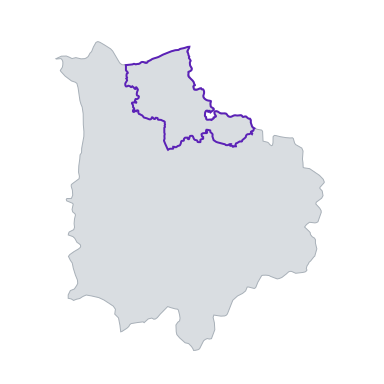 Belarus, with Grodno highlighted, rotated 85°
{"feature_id": "BLR-2344", "entity_name": "Grodno", "entity_type": "Region", "adm_level": 1, "iso_a3": "BLR", "parent_name": "Belarus", "parent_adm1": "", "projection": "orthographic", "projection_center": [25.492, 53.866], "detail": "fine", "context": "in_parent", "style": "outline", "palette": "violet", "viewbox_px": 384, "rotation_deg": 85, "n_neighbors": 0, "source": "natural_earth", "source_scale": "10m", "svg_char_len": 9415}
<svg xmlns="http://www.w3.org/2000/svg" viewBox="0 0 384 384"><g transform="rotate(85 192 192)"><path d="M325.1,275.2L318.6,275.4L311.0,276.2L306.9,279.6L302.1,278.5L298.8,280.4L291.8,289.3L289.1,294.0L286.8,301.1L285.4,306.4L286.6,309.9L288.3,313.1L288.8,316.6L289.7,319.4L288.0,321.6L287.1,324.6L283.7,324.3L279.6,321.8L278.4,317.7L275.2,315.1L273.1,313.8L269.7,313.8L264.5,315.4L257.6,316.9L252.3,317.5L249.5,319.1L245.4,320.7L243.6,319.1L241.0,314.6L238.9,310.1L237.5,308.1L236.3,307.6L234.9,307.8L233.3,309.4L232.2,310.9L227.8,312.9L226.0,314.6L224.0,319.0L222.6,318.7L221.1,317.8L219.2,313.1L216.9,312.1L213.2,312.2L208.6,311.4L204.8,310.1L203.5,310.5L201.4,312.6L199.0,313.0L193.7,311.4L192.7,312.2L189.9,317.6L188.4,317.9L187.6,317.2L187.9,312.7L184.8,311.1L179.7,311.0L176.1,311.8L174.4,311.7L173.5,310.8L168.9,303.3L166.5,302.8L162.4,303.3L156.2,302.5L149.2,300.9L145.3,300.3L143.2,298.6L138.9,298.1L127.2,294.9L122.4,294.4L115.4,294.4L104.7,293.6L97.9,294.0L94.7,295.0L91.0,295.7L78.3,296.4L73.8,297.2L72.4,298.8L70.9,302.3L65.5,308.3L60.4,312.2L59.4,312.6L56.5,310.3L54.0,309.6L51.1,309.3L49.0,309.9L47.7,310.9L47.7,315.6L47.4,316.0L45.3,310.3L45.6,305.3L47.0,302.5L48.6,299.9L48.0,296.0L49.7,290.9L49.8,287.2L49.2,285.5L48.0,283.6L44.8,281.5L43.4,279.8L39.0,277.6L34.7,274.7L34.0,273.1L34.2,271.9L35.1,270.3L38.6,265.4L42.3,260.6L44.7,258.7L57.1,252.8L59.1,250.7L59.6,247.0L59.6,239.6L59.0,232.8L58.2,228.1L56.1,219.2L50.2,200.9L47.0,182.0L49.4,183.1L55.1,183.7L59.6,182.5L62.0,182.4L64.1,182.8L70.0,181.9L71.5,183.6L74.1,185.2L79.4,183.1L84.0,180.5L88.8,180.9L89.5,179.6L90.8,172.9L92.2,171.5L97.9,172.2L100.1,171.0L102.3,167.7L105.6,165.7L108.5,165.7L111.4,163.4L112.8,164.9L113.5,167.7L112.6,169.9L113.0,170.7L115.0,171.8L118.5,171.8L120.7,170.9L121.2,169.6L121.2,167.3L120.7,165.2L119.2,163.4L116.4,162.4L114.5,162.4L114.2,161.2L114.8,158.7L116.5,154.1L118.6,149.9L119.8,148.3L120.1,146.9L119.8,144.4L119.7,139.8L121.6,133.5L124.1,128.7L127.4,127.1L131.5,126.3L134.1,124.0L135.3,121.3L136.4,117.2L137.7,116.4L147.5,116.8L148.9,112.7L149.7,111.5L151.6,110.3L152.8,108.8L152.3,107.7L149.8,107.0L144.0,106.4L142.8,105.1L143.1,103.5L144.6,99.2L146.0,93.8L146.7,89.6L146.8,87.1L147.6,86.4L152.3,85.5L153.8,84.6L157.8,78.8L160.9,77.8L168.9,79.1L172.5,78.9L177.2,79.1L177.6,78.5L179.0,72.8L186.6,63.5L190.7,60.2L193.3,59.4L194.2,59.5L198.6,64.2L199.6,64.3L202.3,62.2L207.1,61.8L209.5,63.4L213.0,69.1L214.7,69.7L219.2,66.2L221.8,65.0L223.5,65.0L232.6,69.1L233.3,70.5L233.5,72.2L232.4,77.6L234.4,80.8L236.7,82.9L241.1,79.0L242.7,77.8L244.6,77.7L247.0,76.2L248.6,74.0L250.3,73.2L253.6,73.5L259.5,72.6L266.6,75.3L267.3,76.3L271.0,79.8L272.3,81.6L273.5,82.1L275.5,83.8L278.1,84.8L279.8,84.3L280.6,84.9L281.5,86.3L281.8,88.7L282.0,95.8L279.8,99.7L279.6,101.0L279.9,102.6L282.1,105.5L285.0,110.0L285.8,112.7L286.0,114.7L282.9,121.1L281.9,122.6L281.3,125.6L281.1,128.7L281.4,129.9L287.7,134.3L292.3,136.6L293.4,137.8L293.5,138.5L291.6,143.9L291.5,145.3L295.2,147.2L297.4,150.4L299.6,155.8L303.4,160.8L316.6,167.4L317.8,168.7L318.3,170.3L318.2,174.0L316.5,181.0L318.8,181.9L324.3,181.1L331.2,181.3L339.8,185.4L340.0,187.6L339.3,189.6L340.1,191.7L341.2,193.4L348.8,198.1L349.6,199.6L350.0,202.2L350.0,204.2L348.1,204.8L346.0,205.9L342.7,208.6L341.6,212.0L336.2,217.1L332.8,219.5L330.0,219.9L323.1,219.6L320.5,217.5L319.3,215.6L316.7,214.9L313.2,215.1L308.4,215.9L307.5,216.6L306.9,219.1L305.2,223.6L304.0,226.2L310.8,234.2L314.1,237.5L315.3,239.5L315.4,241.1L314.1,243.0L314.6,246.6L318.0,251.1L317.1,252.0L317.3,257.8L317.8,264.1L318.8,265.6L320.5,266.7L322.1,268.8L324.8,273.9L325.1,275.2Z" fill="#d9dde1" stroke="#a8b0b8" stroke-width="1"/><path d="M127.9,127.4L131.8,126.5L132.9,125.9L133.4,125.3L133.9,124.5L134.0,124.7L135.9,125.4L136.4,125.8L136.6,127.1L136.9,127.7L137.1,128.0L137.4,128.0L137.6,128.0L138.5,127.1L138.8,127.0L139.1,126.9L139.6,127.2L139.3,127.5L138.8,127.8L138.6,128.1L138.6,128.3L139.0,129.1L139.3,129.7L139.3,130.1L139.3,131.6L139.5,132.1L140.0,132.8L140.8,133.3L142.1,133.7L142.8,134.6L144.6,137.2L145.0,137.5L145.8,137.8L146.0,138.3L146.0,138.7L145.8,139.8L145.9,140.3L147.2,143.0L147.5,144.0L149.1,144.7L150.1,144.2L150.3,144.2L150.3,144.4L150.2,145.8L150.3,146.4L150.5,147.0L150.4,147.5L150.2,147.6L149.6,147.5L149.4,148.0L149.3,149.8L149.2,149.9L147.7,149.1L147.6,149.8L147.7,150.5L147.8,150.8L148.2,151.6L148.4,152.0L148.4,152.5L148.3,153.9L148.1,154.3L147.4,155.0L147.2,155.3L146.8,156.6L144.9,161.9L144.3,163.3L143.9,163.9L142.7,165.3L142.3,165.9L141.9,166.0L138.4,166.8L136.8,166.5L136.4,166.5L135.8,166.7L133.8,168.5L132.3,168.5L132.1,168.8L131.6,170.4L131.3,171.7L131.3,172.2L131.5,172.3L132.6,172.8L132.9,172.8L133.3,171.8L133.5,171.7L134.4,172.0L134.6,172.3L134.5,173.4L134.4,175.8L134.6,176.5L135.0,177.2L135.2,177.4L135.5,177.5L137.5,177.2L137.8,177.0L137.9,176.8L137.9,176.3L138.1,176.1L139.7,176.2L139.9,176.3L140.0,176.7L140.4,178.5L140.9,179.1L142.8,179.2L143.0,179.4L143.0,180.0L142.9,181.2L142.7,181.7L142.6,182.0L141.4,182.3L141.1,182.5L140.8,183.1L140.4,184.4L140.2,184.7L139.8,185.1L139.1,185.5L136.9,186.2L136.3,186.6L136.1,186.9L136.0,187.1L136.0,188.6L136.0,188.9L136.6,189.4L138.9,190.3L139.1,190.6L139.0,191.1L138.6,191.6L137.5,191.7L137.4,191.9L137.3,194.1L137.6,194.6L138.3,195.3L138.6,195.4L139.8,195.6L140.1,195.8L140.2,196.3L140.2,197.3L140.2,197.7L140.6,198.3L142.8,199.0L144.2,199.8L144.6,200.4L144.9,202.0L145.7,203.4L146.0,204.1L145.8,204.9L145.4,205.9L145.3,206.8L145.6,206.9L146.7,206.8L147.1,207.0L147.2,207.7L147.0,210.2L147.3,211.3L147.9,212.2L147.6,212.4L141.6,214.5L139.0,215.3L138.2,215.4L136.5,214.7L133.6,214.6L131.9,214.1L130.4,214.4L125.8,214.0L125.4,213.9L124.9,213.3L124.4,213.3L123.5,213.5L122.5,213.0L121.1,213.2L119.9,213.0L119.4,213.3L118.8,214.1L118.5,214.9L117.5,216.5L117.4,217.0L117.1,219.0L117.0,219.4L116.6,219.7L115.4,219.9L115.1,220.5L114.9,221.6L115.1,221.9L115.9,222.4L116.0,222.8L116.0,223.2L115.6,223.7L114.3,224.7L114.1,225.1L114.1,225.3L114.3,225.6L115.0,225.7L115.3,225.9L115.9,226.8L116.0,227.2L116.0,227.6L115.7,228.6L114.6,230.7L113.7,233.2L113.5,233.5L111.8,234.6L111.4,234.9L110.7,236.1L110.0,237.0L109.9,237.5L109.5,238.1L108.1,238.6L107.4,238.5L106.9,238.4L106.6,238.4L106.1,238.7L106.0,239.0L105.9,239.3L105.9,239.7L106.1,240.0L106.7,240.6L106.7,240.8L106.6,241.0L106.2,241.5L106.2,242.0L106.5,242.3L107.0,242.6L107.2,242.9L107.1,243.3L106.9,243.6L106.5,243.8L105.7,243.7L105.2,243.4L104.8,243.1L104.6,242.3L104.3,242.3L103.2,242.6L102.4,243.3L100.6,243.2L99.2,243.7L98.7,244.1L98.0,244.0L97.7,243.6L97.8,242.8L97.6,242.1L98.1,240.1L98.2,239.9L98.0,239.7L97.6,239.7L97.2,240.1L96.9,240.8L96.5,241.0L96.1,240.9L94.7,240.3L94.5,240.1L94.7,239.1L94.5,238.4L94.1,237.5L93.6,237.0L92.4,236.6L92.2,236.7L91.9,236.8L91.6,237.1L91.0,238.3L90.5,238.5L89.4,238.5L87.6,238.0L85.5,237.0L84.7,237.2L83.1,238.1L82.9,238.3L82.8,238.5L83.0,238.8L84.3,239.1L84.4,239.6L84.3,239.8L84.1,240.1L82.7,241.0L81.5,242.3L82.1,243.1L82.2,243.5L82.0,243.9L81.2,244.6L80.6,246.0L80.6,246.3L81.0,247.2L81.1,248.0L81.1,248.4L80.9,248.6L80.5,248.9L79.8,249.1L79.0,249.1L78.1,249.0L77.4,248.6L76.9,248.2L75.4,247.1L75.0,246.9L73.9,247.2L73.2,247.6L72.9,247.3L72.7,246.8L72.5,246.7L70.8,247.2L69.1,246.9L68.4,246.6L68.0,245.7L67.6,245.6L67.3,245.6L66.5,246.1L65.5,246.9L64.8,247.2L60.4,246.8L59.8,246.9L59.7,240.2L59.6,239.8L59.3,239.1L59.3,238.5L59.4,238.1L59.9,237.0L59.9,236.6L59.7,235.0L59.8,234.0L59.7,233.6L59.4,232.8L58.4,231.5L58.1,230.5L58.2,229.4L58.5,228.7L58.9,228.0L59.3,227.2L59.4,225.9L59.0,225.2L58.5,224.8L57.9,224.1L57.0,221.6L56.4,220.8L55.8,219.2L54.7,214.0L54.0,212.2L52.6,208.9L50.0,200.2L49.3,196.4L49.3,193.0L48.6,191.8L48.3,190.6L48.0,187.7L47.7,186.3L47.4,185.0L47.1,183.6L47.1,182.0L48.2,182.3L51.0,184.2L51.6,184.4L52.1,184.4L53.7,183.7L55.8,183.5L56.4,183.1L56.9,182.9L57.7,183.3L58.2,183.4L60.7,182.0L61.2,181.9L62.6,182.8L63.2,182.9L65.3,182.9L66.2,182.7L68.3,181.6L69.3,181.4L70.4,181.8L71.3,182.9L71.8,184.5L72.1,185.1L72.8,185.2L73.9,185.2L74.9,185.5L76.1,185.5L77.2,185.0L81.0,181.7L82.7,180.7L84.8,180.3L85.5,179.8L85.9,179.8L86.3,180.9L86.8,181.4L87.4,181.5L89.5,181.1L90.1,180.8L90.5,179.9L90.6,178.4L90.3,177.3L89.9,176.4L89.5,175.2L89.4,174.3L89.4,174.1L89.6,174.1L89.9,173.8L90.5,173.4L90.5,172.4L90.7,172.0L91.8,171.4L93.3,171.2L94.8,171.4L97.3,172.4L98.8,172.2L100.2,171.3L101.5,169.8L102.1,168.7L102.7,166.1L103.1,165.3L103.7,165.3L105.8,166.0L108.4,165.9L109.2,165.3L110.5,163.4L111.3,163.0L111.7,163.1L112.0,163.3L114.4,166.8L114.1,167.0L113.4,166.9L112.7,167.3L112.6,167.9L113.4,168.3L113.6,168.7L113.3,169.2L112.4,169.5L112.2,169.9L112.4,170.9L113.2,171.6L114.0,172.0L116.9,172.5L117.6,172.4L118.0,172.2L118.5,171.5L118.8,171.4L120.0,171.5L120.4,171.5L121.2,170.9L121.4,170.0L121.4,167.5L121.9,166.7L122.0,166.5L121.9,166.1L121.6,166.0L121.4,165.8L121.0,164.7L120.4,163.9L119.7,164.0L119.3,162.8L119.2,162.3L119.0,161.8L118.5,161.5L118.0,161.7L116.1,162.7L114.7,162.8L114.0,162.5L113.6,161.8L113.6,160.4L114.2,159.2L115.7,157.4L116.3,156.2L116.4,155.2L116.4,154.0L116.5,152.6L116.8,151.4L117.3,150.8L119.3,149.6L119.9,149.0L120.3,148.1L120.5,147.0L120.3,145.9L119.5,144.0L119.3,142.9L119.3,142.2L119.6,141.1L119.8,140.0L119.7,137.1L119.8,136.4L120.1,135.9L120.8,135.3L121.5,135.0L121.7,134.5L121.6,134.1L121.4,133.0L121.3,132.5L121.6,131.4L122.3,130.8L123.0,130.2L123.7,129.4L123.9,128.8L124.0,127.9L124.4,127.6L125.6,127.1L127.9,127.4Z" fill="none" stroke="#5b21b6" stroke-width="2"/></g></svg>